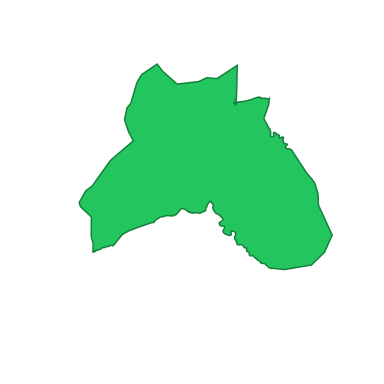 Xutag-O'ndor, Bulgan, Mongolia, rotated 57°
{"feature_id": "93677404B82313328470965", "entity_name": "Xutag-O'ndor", "entity_type": "district", "adm_level": 2, "iso_a3": "MNG", "parent_name": "Mongolia", "parent_adm1": "Bulgan", "projection": "albers", "projection_center": [103.033, 49.288], "detail": "fine", "context": "isolated", "style": "filled", "palette": "green", "viewbox_px": 384, "rotation_deg": 57, "n_neighbors": 0, "source": "geoboundaries", "source_scale": "gbopen_adm2", "svg_char_len": 5855}
<svg xmlns="http://www.w3.org/2000/svg" viewBox="0 0 384 384"><g transform="rotate(57 192 192)"><path d="M133.2,280.6L139.4,292.4L143.6,293.5L158.1,290.0L174.5,300.8L181.5,303.0L188.4,307.8L188.7,307.3L188.8,306.9L188.9,306.7L188.8,306.4L188.8,305.8L189.2,305.5L189.2,305.3L189.1,305.1L188.6,304.8L188.6,304.1L189.0,303.4L189.4,303.0L189.6,302.1L189.6,301.4L189.9,300.8L189.9,300.2L190.2,298.6L189.9,297.9L190.0,297.6L190.1,297.3L190.2,296.9L190.2,296.6L190.6,296.1L190.7,295.9L191.0,295.6L191.0,295.2L191.1,294.6L191.3,294.2L191.2,293.9L191.3,293.7L191.3,293.4L191.5,293.1L191.6,292.5L192.4,291.2L192.4,290.6L192.3,289.9L192.4,289.3L192.6,288.8L193.6,288.0L194.1,287.1L189.7,273.6L190.2,265.8L191.4,260.5L191.9,258.0L192.5,255.4L196.0,241.6L196.6,241.1L196.7,240.9L196.6,239.9L196.5,239.3L195.9,238.6L195.8,238.0L195.6,236.3L195.8,235.8L195.8,235.5L195.7,234.1L195.8,233.1L195.7,232.1L195.7,231.7L195.8,231.3L196.4,231.0L196.5,230.8L196.5,230.4L196.6,230.2L196.6,229.9L197.1,229.4L197.2,229.0L197.4,228.7L197.4,228.1L197.6,227.6L197.7,227.1L197.7,226.7L197.8,226.3L197.9,226.2L198.0,225.8L198.5,225.2L198.8,225.1L199.0,224.4L199.5,224.2L200.0,223.4L200.2,223.1L200.3,222.9L200.6,222.7L200.9,222.3L201.1,222.0L201.1,221.6L201.6,221.0L201.8,220.0L202.0,219.8L202.2,219.2L201.9,218.4L202.0,218.2L202.2,217.6L202.2,217.2L201.8,216.7L202.0,216.3L201.9,215.8L201.9,215.6L201.6,215.3L201.4,214.5L201.4,214.1L201.2,213.4L200.9,213.0L200.9,212.8L200.8,212.4L200.2,210.7L200.4,210.2L200.6,209.4L201.3,208.6L201.6,208.2L202.2,207.8L202.4,207.5L202.7,207.5L203.1,207.2L204.5,206.6L205.2,206.5L205.8,206.0L206.4,205.8L207.1,205.7L207.1,205.3L207.7,205.0L207.8,204.8L208.4,204.5L208.6,204.5L208.7,204.2L208.9,204.0L209.0,203.7L209.5,203.4L209.7,203.1L210.1,203.0L210.2,202.8L210.3,202.6L210.0,202.1L210.7,201.4L211.1,200.4L212.0,199.6L212.1,199.3L212.6,198.9L212.9,198.2L213.7,197.6L213.9,196.5L214.0,196.3L214.3,196.0L214.5,195.2L214.6,194.0L214.5,193.7L214.8,192.8L215.1,191.9L215.1,191.6L214.9,190.8L214.5,190.1L213.7,189.7L212.9,188.7L212.4,187.6L212.0,187.0L211.3,186.5L211.1,186.1L210.9,185.3L210.5,184.9L210.1,184.1L210.0,183.5L210.1,183.3L210.1,182.8L210.0,182.7L209.5,182.5L209.5,182.3L209.5,182.0L210.6,181.2L212.2,181.5L212.7,181.4L214.0,181.0L214.5,180.9L214.8,181.1L215.8,182.6L216.2,183.0L217.5,183.5L218.0,183.7L218.7,183.8L221.3,183.7L222.8,183.6L223.2,183.4L223.6,183.1L224.4,182.4L224.9,182.1L226.5,181.6L228.2,181.3L228.9,181.0L230.0,180.8L231.0,180.8L231.4,180.9L232.0,181.4L232.5,182.1L232.7,183.2L232.4,185.2L232.5,185.6L232.7,186.0L233.4,186.4L234.8,186.7L235.2,186.7L236.0,186.3L236.8,185.6L238.1,183.8L238.7,183.5L239.2,183.7L240.1,184.7L240.6,185.4L240.9,186.3L241.5,187.2L241.9,187.5L242.3,187.5L243.9,187.6L244.4,187.5L245.4,186.8L246.4,186.3L248.7,184.5L248.9,184.2L249.2,183.2L249.2,182.6L249.1,182.3L248.4,181.8L247.0,181.3L246.3,180.6L246.1,180.3L246.1,180.0L247.1,179.2L247.6,178.6L249.0,177.8L250.0,177.8L251.3,178.3L252.2,179.2L252.4,179.5L252.6,180.4L252.8,180.7L253.3,181.0L254.6,181.7L255.3,181.8L255.9,181.7L256.4,181.5L256.7,181.5L258.2,182.1L259.2,182.2L260.3,182.7L260.6,182.7L260.9,182.5L261.3,182.1L261.8,181.4L262.2,181.0L262.4,180.7L262.4,180.0L262.8,179.6L263.3,179.3L263.7,178.7L264.9,178.4L266.3,178.5L267.6,178.2L267.8,178.0L268.5,176.8L268.9,176.6L269.2,176.7L269.3,176.9L270.1,177.6L270.6,178.0L271.1,178.1L271.8,178.2L272.1,178.1L272.9,177.4L273.2,177.0L273.5,176.8L273.9,176.8L274.4,176.9L274.7,177.3L274.9,177.7L275.5,178.1L276.2,178.2L276.8,178.0L277.8,177.2L278.1,176.7L278.1,176.3L278.1,176.0L278.6,175.4L280.0,175.3L280.6,175.0L281.2,175.2L282.1,174.7L283.0,174.4L283.1,173.9L283.4,173.9L284.6,174.2L285.1,174.1L285.4,174.0L285.9,173.5L286.5,172.7L286.9,172.6L287.5,172.6L288.2,173.1L288.8,173.0L289.5,172.6L290.2,172.0L291.1,170.5L291.5,170.1L291.9,170.0L293.2,169.9L294.0,169.5L295.5,168.9L295.9,168.8L296.7,168.9L297.5,168.6L299.1,167.3L299.4,167.0L299.8,166.5L300.0,165.8L307.2,157.0L318.3,131.7L314.7,113.6L304.4,97.9L271.9,93.1L262.1,87.3L251.5,84.2L246.9,84.4L238.7,85.5L213.3,85.6L212.3,85.5L211.6,85.5L210.8,85.9L210.3,85.9L209.3,86.5L208.4,87.3L208.0,88.3L207.6,88.7L205.6,89.5L205.1,89.5L204.9,89.5L204.8,89.3L204.7,88.2L204.4,87.0L204.3,86.5L204.0,86.2L203.6,86.2L203.3,86.4L202.5,87.0L201.5,88.3L201.1,88.5L200.8,88.5L199.1,87.7L198.3,87.4L197.4,87.2L197.1,87.0L196.4,85.7L196.2,85.5L195.3,86.1L195.0,86.5L194.9,87.0L194.9,88.2L194.9,88.6L194.6,88.9L193.9,89.0L193.6,88.8L192.7,88.5L192.1,88.1L191.7,88.0L189.7,89.4L189.1,89.6L188.3,89.5L188.1,89.6L186.8,90.6L186.7,90.8L186.6,91.1L186.8,91.4L187.0,91.7L187.7,92.1L188.9,92.3L189.6,92.6L189.7,92.8L189.6,93.7L188.9,95.1L188.4,95.4L187.8,95.5L186.3,94.7L185.6,94.0L185.1,93.7L183.0,92.8L181.9,92.5L180.4,92.5L179.9,92.7L169.5,91.7L160.6,80.2L155.7,76.2L155.8,76.7L155.7,76.9L155.4,77.5L154.5,78.3L154.0,79.0L153.1,79.6L152.9,80.0L152.7,80.7L152.3,81.2L151.4,82.1L150.6,83.0L149.9,83.2L149.4,83.5L149.1,83.9L148.5,85.0L148.1,86.2L147.7,87.9L147.0,89.4L147.0,89.8L147.4,90.7L147.4,90.9L147.2,91.4L146.6,92.3L146.3,93.0L145.7,95.6L145.5,96.1L145.1,97.3L142.0,103.9L141.7,104.1L141.6,104.4L141.6,104.7L141.7,105.0L141.0,105.2L140.8,105.4L140.7,105.8L140.8,106.8L140.9,107.1L141.3,107.7L141.7,107.8L142.0,107.5L142.1,107.3L142.0,107.0L142.1,106.9L142.2,107.0L142.2,107.4L142.4,107.6L142.0,107.6L141.8,107.8L141.4,108.4L140.6,108.6L140.2,108.5L139.8,107.7L139.8,106.7L139.7,106.1L139.2,105.9L139.4,105.8L139.5,105.7L139.4,105.5L139.1,105.4L139.0,105.6L139.1,105.8L138.9,105.9L138.3,105.6L138.3,105.4L138.5,105.0L138.7,104.8L138.6,104.7L138.4,104.5L138.3,104.2L138.2,104.2L127.2,96.5L110.4,85.0L110.5,109.3L104.3,117.2L103.0,126.3L93.4,145.7L75.0,150.8L65.7,151.6L66.1,170.2L68.0,174.2L70.6,179.1L84.2,194.9L86.1,200.8L94.8,209.3L106.4,212.3L117.1,213.4L121.1,243.3L132.6,272.4L133.2,280.6Z" fill="#22c55e" stroke="#15803d" stroke-width="1.5"/></g></svg>